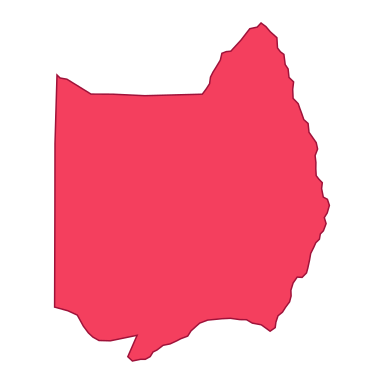 the district of São João do Caiuá, Paraná, Brazil
{"feature_id": "56859067B54492092524937", "entity_name": "São João do Caiuá", "entity_type": "district", "adm_level": 2, "iso_a3": "BRA", "parent_name": "Brazil", "parent_adm1": "Paraná", "projection": "natural_earth1", "projection_center": [-52.296, -22.832], "detail": "fine", "context": "isolated", "style": "filled", "palette": "rose", "viewbox_px": 384, "rotation_deg": 0, "n_neighbors": 0, "source": "geoboundaries", "source_scale": "gbopen_adm2", "svg_char_len": 1394}
<svg xmlns="http://www.w3.org/2000/svg" viewBox="0 0 384 384"><path d="M270.1,331.2L275.2,327.6L275.9,322.2L278.0,315.8L282.5,312.1L285.6,307.2L289.6,301.8L291.1,296.0L290.9,290.2L293.1,283.0L297.2,277.1L302.1,277.4L306.5,272.9L307.8,268.1L309.5,260.3L310.7,253.4L313.8,247.2L315.8,242.7L319.4,239.2L320.3,234.0L323.4,230.8L326.1,223.6L324.3,217.6L327.2,213.0L329.4,205.4L327.4,199.3L323.3,197.1L321.6,188.6L322.3,182.7L319.0,179.3L316.2,175.7L315.8,169.0L315.9,162.5L315.1,155.6L317.6,149.0L316.2,142.6L309.0,132.3L308.1,123.5L303.8,119.6L301.6,113.2L299.8,108.4L298.2,103.7L293.1,98.4L292.7,89.3L293.6,81.9L289.0,77.4L288.1,68.9L285.2,64.6L283.9,54.4L280.5,51.9L277.5,48.0L276.9,37.7L270.3,31.8L265.9,26.6L261.0,23.0L257.2,27.1L249.8,28.7L246.3,33.2L241.0,40.1L230.8,51.2L226.3,51.6L221.9,53.3L220.3,60.2L215.7,67.8L213.0,72.1L210.5,77.1L209.6,83.7L206.3,88.8L202.3,94.2L144.8,95.7L112.7,94.2L91.0,94.1L66.9,79.2L60.1,78.0L57.0,75.0L55.0,143.6L54.9,212.0L54.6,307.1L68.0,310.8L77.3,315.1L83.4,326.2L88.4,332.9L92.9,337.1L99.0,340.5L110.4,340.8L137.1,335.3L127.8,356.7L132.4,361.0L140.6,359.3L145.3,359.3L150.2,356.6L153.0,352.0L157.0,350.0L163.1,345.3L170.1,343.9L176.8,340.8L180.8,338.7L187.7,336.1L191.0,330.9L196.4,326.0L199.7,323.1L207.6,320.1L222.1,318.7L230.4,318.3L239.8,319.6L246.5,319.7L252.3,323.1L261.3,324.8L270.1,331.2Z" fill="#f43f5e" stroke="#9f1239" stroke-width="1.5"/></svg>